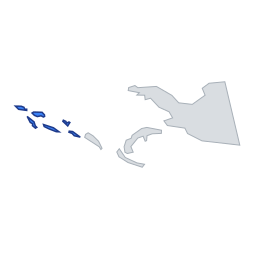 Solomon Islands highlighted, Albers equal-area conic projection, rotated 170°
{"feature_id": "SLB", "entity_name": "Solomon Islands", "entity_type": "country or territory", "adm_level": 0, "iso_a3": "SLB", "parent_name": "Oceania", "parent_adm1": "", "projection": "albers", "projection_center": [159.585, -9.221], "detail": "coarse", "context": "with_neighbors", "style": "filled", "palette": "blue", "viewbox_px": 256, "rotation_deg": 170, "n_neighbors": 1, "source": "natural_earth", "source_scale": "50m", "svg_char_len": 1569}
<svg xmlns="http://www.w3.org/2000/svg" viewBox="0 0 256 256"><g transform="rotate(170 128 128)"><path d="M20.9,91.7L57.4,102.5L70.3,112.2L72.0,118.0L88.8,123.6L91.4,128.8L82.3,130.2L84.7,136.8L93.8,143.0L100.6,153.4L106.2,152.9L105.9,157.4L113.6,158.9L110.7,160.8L121.3,164.8L120.3,167.7L113.8,168.6L111.3,166.0L92.8,164.0L79.1,152.5L73.7,144.0L60.6,140.1L46.4,146.9L48.0,154.2L40.4,158.0L24.6,156.7L20.9,91.7ZM134.0,94.0L141.9,101.2L143.2,106.3L140.2,109.1L135.8,99.4L125.3,92.1L118.0,89.4L120.8,86.9L134.0,94.0ZM125.2,120.1L114.7,125.1L109.4,125.3L95.4,120.0L96.1,116.9L105.1,118.1L110.6,117.1L111.9,112.3L113.4,112.0L114.5,117.3L120.1,116.4L128.4,109.2L127.1,103.3L133.1,103.0L135.2,104.6L135.1,110.2L131.9,116.3L126.7,117.3L125.2,120.1ZM159.6,114.5L172.3,126.3L170.9,129.1L168.1,130.2L163.8,126.4L159.3,120.1L157.1,112.5L158.4,111.5L159.6,114.5Z" fill="#d9dde1" stroke="#a8b0b8" stroke-width="1"/><path d="M209.4,153.5L211.5,155.1L215.3,155.0L218.0,156.7L219.9,159.4L218.2,160.1L209.9,158.4L208.0,155.5L208.1,153.9L209.4,153.5ZM219.2,143.9L221.7,146.9L221.2,148.8L223.3,150.4L225.3,156.9L219.5,150.4L218.9,146.2L217.7,144.5L219.2,143.9ZM210.6,146.1L201.4,141.2L196.5,136.2L199.3,136.8L206.2,141.0L210.3,144.0L210.6,146.1ZM224.7,162.9L232.5,165.4L235.1,169.1L229.4,168.0L226.9,166.5L226.4,164.4L224.5,164.1L224.7,162.9ZM186.9,134.1L186.4,135.1L183.1,134.1L176.6,127.3L182.3,129.7L184.0,132.4L186.9,134.1ZM187.0,140.5L191.0,145.9L190.3,146.9L188.0,145.3L187.7,143.5L185.1,144.2L184.3,143.5L187.0,140.5Z" fill="#3b82f6" stroke="#1e3a8a" stroke-width="1.5"/></g></svg>